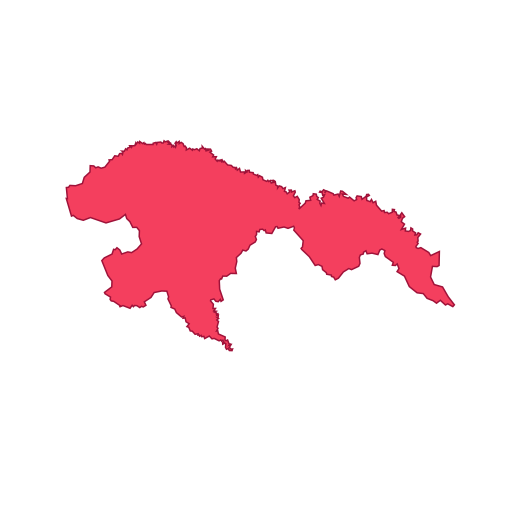 Tejupilco, México, Mexico, rotated 204°
{"feature_id": "50627088B9468705483198", "entity_name": "Tejupilco", "entity_type": "district", "adm_level": 2, "iso_a3": "MEX", "parent_name": "Mexico", "parent_adm1": "México", "projection": "orthographic", "projection_center": [-100.226, 18.891], "detail": "fine", "context": "isolated", "style": "filled", "palette": "rose", "viewbox_px": 512, "rotation_deg": 204, "n_neighbors": 0, "source": "geoboundaries", "source_scale": "gbopen_adm2", "svg_char_len": 6151}
<svg xmlns="http://www.w3.org/2000/svg" viewBox="0 0 512 512"><g transform="rotate(204 256 256)"><path d="M349.7,334.3L348.9,332.8L350.8,331.4L350.6,329.1L353.7,329.9L355.4,328.1L357.3,328.0L357.1,326.8L360.5,327.5L362.8,324.5L363.6,326.6L365.5,327.6L366.1,326.8L368.4,329.0L370.6,329.4L371.9,327.4L372.8,329.4L374.3,327.0L375.4,327.9L375.8,326.0L373.9,324.7L373.8,322.8L374.6,323.5L375.3,322.2L376.3,323.4L377.3,321.6L378.0,323.3L380.0,324.0L379.8,323.1L381.6,322.5L380.6,324.4L382.5,324.2L382.1,325.1L383.1,325.4L385.5,323.3L386.8,323.8L386.7,321.6L387.8,320.9L389.3,321.4L392.4,319.6L392.2,317.8L393.7,319.0L395.8,317.2L395.4,316.0L401.7,313.2L402.8,313.8L403.5,312.9L404.5,314.0L405.3,312.6L408.8,313.3L408.2,311.6L410.4,312.1L411.0,309.4L411.8,310.3L411.6,307.5L413.9,306.3L413.9,305.2L414.6,306.1L416.3,305.3L415.1,304.4L417.2,302.4L417.1,300.5L418.7,300.9L418.9,298.1L421.0,297.3L419.8,297.0L419.3,294.4L420.6,295.1L422.2,294.1L422.5,291.0L425.8,290.1L426.6,285.5L429.3,284.0L428.3,283.0L430.2,275.7L433.2,273.2L436.5,273.2L438.3,271.4L440.8,272.3L444.2,271.1L441.8,265.2L444.9,258.0L444.1,251.6L449.4,246.8L454.7,244.8L455.2,242.5L457.1,241.4L451.6,231.7L452.7,231.4L440.8,217.4L439.5,218.8L434.5,217.5L428.3,218.4L422.9,223.8L406.5,225.2L395.8,234.3L392.2,240.9L389.3,237.6L385.2,236.1L380.2,232.0L376.6,233.7L372.8,231.7L370.6,226.2L365.5,220.5L367.5,214.0L371.0,208.5L374.8,207.6L379.5,203.2L382.9,206.1L386.4,207.0L387.2,204.5L388.8,204.2L388.3,199.2L393.8,192.6L395.0,189.1L383.4,177.9L377.4,174.6L375.2,169.1L379.6,161.1L378.5,160.1L372.2,159.3L371.6,157.0L370.0,156.1L367.5,156.7L359.6,155.3L360.0,153.9L357.4,156.6L349.8,157.0L349.1,160.6L347.4,159.8L346.8,161.4L344.6,162.2L341.2,161.6L340.2,163.4L338.3,163.6L336.5,166.2L339.4,168.7L335.1,175.4L334.2,181.2L327.9,185.7L323.1,187.6L319.2,183.1L319.0,181.0L313.1,176.0L312.8,174.5L308.6,174.5L305.7,171.9L299.2,170.0L297.4,171.5L297.3,169.5L295.5,170.6L293.2,167.5L289.5,166.9L290.4,163.4L288.4,163.5L285.6,160.8L283.6,161.4L279.8,159.7L277.3,161.4L276.9,160.1L275.7,160.7L274.9,159.8L273.8,161.2L272.8,160.2L270.9,161.4L269.3,159.7L266.1,163.9L262.5,162.4L260.7,163.7L255.2,163.5L254.0,165.0L252.7,164.2L252.0,165.6L250.4,164.4L251.3,163.4L250.5,161.9L249.0,163.7L247.9,163.6L246.7,160.1L245.0,158.8L243.8,160.1L241.9,158.8L239.4,159.8L239.6,161.5L240.5,160.8L243.2,161.6L242.8,164.7L244.3,163.5L243.8,165.1L244.9,164.8L247.8,167.7L248.9,166.4L250.2,166.7L251.2,169.5L258.6,169.5L260.6,172.2L261.5,171.5L261.3,174.5L262.7,175.2L263.6,180.9L265.8,181.6L264.8,183.7L266.4,184.0L265.7,184.6L266.4,186.8L267.6,185.8L267.5,187.6L268.5,186.9L269.0,187.9L271.1,187.9L270.0,189.3L272.3,188.7L271.7,191.6L274.0,190.6L275.3,194.6L279.3,196.5L279.5,197.5L277.0,199.7L274.3,198.3L271.9,198.9L271.0,201.8L269.5,200.3L268.1,202.6L275.7,210.9L279.5,218.5L279.1,220.8L278.1,221.0L278.2,224.1L274.5,225.7L272.1,229.8L266.8,232.0L270.0,236.5L271.3,243.1L273.3,246.6L270.8,252.4L270.5,256.0L267.2,256.5L265.9,259.1L265.9,263.4L262.4,268.5L262.3,271.2L264.6,273.6L264.2,275.8L265.5,278.7L263.0,279.3L263.3,281.8L260.8,283.2L258.9,282.5L258.1,283.6L256.1,281.2L250.7,283.0L250.0,290.7L248.7,291.5L247.2,290.3L242.2,293.9L238.0,294.3L233.7,298.5L232.3,297.3L232.0,295.0L219.1,289.2L217.2,283.1L217.9,281.3L216.9,280.6L207.1,277.1L198.1,271.4L195.6,273.5L191.5,273.4L189.6,270.6L185.0,269.4L184.0,268.1L179.4,269.2L178.7,268.0L176.4,268.3L173.9,266.5L171.7,269.2L169.7,277.0L166.1,282.3L163.2,282.4L158.0,288.4L158.0,291.5L161.0,296.7L161.1,299.4L158.8,301.5L159.3,303.2L157.7,305.5L155.4,303.2L151.2,305.8L145.2,306.9L145.3,311.8L143.9,313.6L140.5,313.4L139.9,310.4L137.6,308.1L128.0,306.1L127.7,303.0L124.8,304.0L123.8,306.2L120.3,302.7L120.8,299.1L112.2,298.0L103.5,290.4L93.9,287.9L87.9,289.7L82.5,286.9L76.0,287.2L71.9,286.3L69.6,290.5L63.0,288.3L61.4,290.3L55.6,289.8L54.9,292.1L63.8,296.9L73.0,303.6L81.6,302.4L88.0,307.8L90.6,318.3L86.2,320.0L84.9,321.8L90.3,334.7L96.6,327.4L99.6,329.5L108.8,330.7L111.0,328.8L113.0,328.8L113.8,329.8L113.0,333.4L114.4,334.2L114.0,335.6L115.7,338.6L114.6,343.0L117.3,343.2L117.8,340.7L119.4,339.8L119.6,342.0L123.2,342.6L123.9,344.4L125.9,344.7L125.2,342.1L126.6,340.5L129.8,339.6L130.7,342.3L134.0,339.3L133.3,345.5L137.2,346.4L137.5,350.0L136.2,352.4L140.4,354.8L140.8,352.8L139.6,350.1L140.8,348.5L141.8,348.8L141.0,351.5L143.8,350.8L146.0,353.1L148.1,352.8L148.4,354.7L150.4,354.1L149.3,351.4L152.0,348.6L153.9,349.3L156.3,348.0L157.5,349.6L159.5,348.1L166.6,351.4L168.9,354.7L170.7,352.3L173.5,354.6L173.8,352.1L177.4,351.8L179.1,354.9L177.1,357.4L178.3,358.1L179.9,357.2L179.7,355.3L182.2,350.9L184.0,353.1L188.1,352.0L188.3,350.0L187.0,348.5L188.8,346.3L194.5,347.9L195.3,346.3L200.3,346.0L202.4,347.7L198.5,349.0L203.4,350.3L205.1,349.8L204.2,344.3L206.2,346.0L209.6,343.3L210.8,344.3L218.0,344.2L219.1,341.6L218.7,343.9L221.2,344.0L221.8,341.6L223.8,341.3L223.9,340.2L221.5,340.9L219.7,338.5L218.3,339.8L218.3,337.0L219.9,335.3L214.9,331.8L217.6,331.0L217.2,328.6L219.2,330.2L219.7,332.2L223.1,332.6L222.8,334.7L224.7,335.1L226.1,337.0L229.0,336.2L228.5,334.3L230.7,331.6L228.7,329.1L232.8,326.8L232.5,324.3L235.9,316.3L236.1,318.7L237.5,320.2L237.1,322.1L238.6,322.5L239.4,325.1L242.6,327.3L244.3,325.1L246.3,326.1L246.1,330.3L247.0,331.4L249.5,329.0L250.5,330.6L252.6,329.6L251.2,328.3L252.8,325.5L254.7,326.9L256.3,326.6L257.0,330.4L258.8,328.5L260.8,329.8L263.3,329.5L263.9,326.9L264.6,328.7L266.7,328.8L268.7,331.9L270.7,332.3L272.1,331.5L269.5,330.8L271.8,328.9L273.7,330.7L274.6,329.2L276.0,330.0L276.6,328.5L280.7,328.5L282.2,330.6L285.5,330.8L286.0,329.0L287.5,331.0L288.2,329.9L291.7,329.8L292.5,331.0L296.0,329.9L297.0,331.5L298.7,330.6L298.5,329.2L300.2,329.8L299.2,328.1L300.1,326.8L300.7,328.1L304.3,326.4L306.7,329.3L308.0,326.8L309.7,328.7L310.2,327.3L311.1,328.4L312.9,327.7L315.4,328.7L318.9,327.6L323.6,329.7L324.2,328.5L326.3,330.2L326.9,329.4L325.6,329.1L325.8,328.1L327.9,329.1L328.4,327.8L329.8,328.2L330.0,326.8L332.7,328.0L332.6,330.6L335.9,329.0L335.8,331.0L340.4,332.1L339.2,333.7L341.0,335.1L344.5,333.7L342.5,333.3L344.4,331.7L345.9,333.5L346.4,332.7L349.7,334.3Z" fill="#f43f5e" stroke="#9f1239" stroke-width="1.5"/></g></svg>